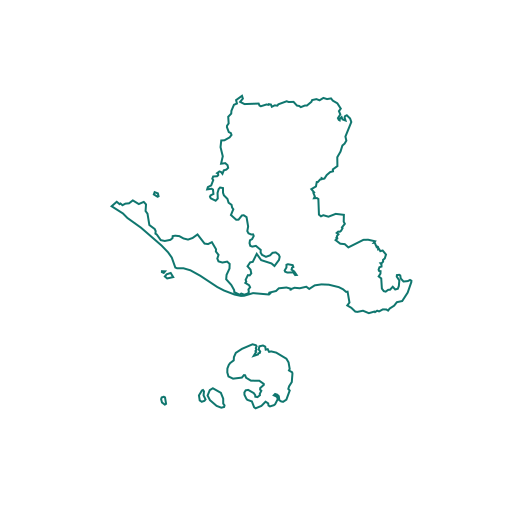 Takalar, Sulawesi Selatan, Indonesia (orthographic projection), rotated 299°
{"feature_id": "22746128B33549586615312", "entity_name": "Takalar", "entity_type": "district", "adm_level": 2, "iso_a3": "IDN", "parent_name": "Indonesia", "parent_adm1": "Sulawesi Selatan", "projection": "orthographic", "projection_center": [119.453, -5.411], "detail": "fine", "context": "isolated", "style": "outline", "palette": "teal", "viewbox_px": 512, "rotation_deg": 299, "n_neighbors": 0, "source": "geoboundaries", "source_scale": "gbopen_adm2", "svg_char_len": 6166}
<svg xmlns="http://www.w3.org/2000/svg" viewBox="0 0 512 512"><g transform="rotate(299 256 256)"><path d="M244.9,121.3L240.5,119.4L238.5,116.4L235.7,114.6L236.2,112.0L235.2,111.5L235.9,107.9L229.5,105.6L228.7,119.0L226.9,125.1L225.0,141.7L219.4,168.2L216.6,177.3L213.8,183.1L206.8,191.0L207.0,192.9L210.1,198.5L211.7,205.6L211.7,216.8L210.1,237.2L210.3,244.8L211.9,256.0L213.8,262.2L215.5,264.9L222.1,271.4L228.6,286.0L229.4,286.3L229.2,285.6L230.4,285.4L235.1,290.5L238.8,291.6L243.2,297.9L244.2,302.1L242.5,302.8L243.9,302.6L246.9,305.1L249.0,309.9L253.5,314.9L253.0,318.5L258.8,321.6L262.9,327.0L266.2,333.6L268.9,343.5L269.1,348.2L268.3,352.2L269.2,353.4L260.6,360.3L257.0,359.8L256.9,364.5L255.5,369.8L256.3,371.8L260.0,376.1L260.7,382.4L264.8,386.5L264.6,387.3L266.9,388.5L267.2,390.5L270.8,392.8L272.4,395.9L272.3,398.0L274.9,398.4L279.5,400.9L283.9,401.6L287.5,405.7L297.5,406.4L308.5,404.5L309.7,403.9L309.7,402.3L307.7,401.0L305.2,397.4L306.5,393.5L308.9,391.6L309.0,390.4L307.6,388.5L306.2,389.1L304.1,393.2L299.0,395.5L296.1,395.9L294.2,394.0L295.4,390.5L291.5,389.6L290.5,388.0L287.7,386.7L287.2,384.8L288.5,381.9L297.1,376.4L297.6,373.2L300.9,373.4L303.1,372.3L302.6,370.9L303.4,369.9L306.0,369.4L307.6,370.9L309.2,370.0L310.0,368.4L310.7,369.4L312.7,369.9L314.2,369.0L316.3,369.8L320.3,369.0L322.2,364.1L320.5,362.4L321.7,360.4L321.0,359.6L322.5,358.9L322.2,357.7L323.1,357.8L323.0,356.2L325.2,353.4L324.7,352.7L326.6,353.0L324.6,346.2L322.2,342.1L308.3,332.6L309.4,327.9L307.6,323.7L308.5,317.9L309.9,318.4L310.6,317.7L311.0,318.4L312.5,317.1L315.0,317.6L315.3,315.4L317.2,316.1L317.9,317.6L319.3,318.2L322.3,318.2L322.7,317.3L327.2,318.1L328.5,316.1L334.6,312.9L331.5,305.3L325.5,300.3L324.3,295.1L322.2,293.6L322.7,291.0L336.1,282.9L336.2,281.2L334.6,278.7L336.6,278.6L339.0,275.6L339.8,276.0L341.3,272.0L345.9,274.7L350.1,273.3L350.6,274.2L354.0,275.0L354.8,276.0L355.9,275.6L355.9,277.2L356.9,278.3L361.1,278.6L365.4,280.2L367.4,282.3L369.0,281.2L374.1,283.6L381.8,279.2L388.3,279.3L394.5,278.0L397.2,279.0L400.7,279.1L403.8,276.3L419.4,274.4L421.9,271.6L423.1,267.2L421.5,266.1L420.1,266.3L417.9,268.6L417.4,265.4L419.0,263.5L416.6,262.8L415.2,263.4L415.2,262.4L416.3,260.8L420.7,261.1L422.9,258.3L426.0,258.7L429.0,253.1L429.1,247.9L430.2,245.2L427.7,242.1L426.9,238.3L423.0,236.1L422.5,232.8L419.6,229.5L417.7,229.7L412.3,227.6L411.3,225.8L407.9,223.0L408.2,221.1L407.4,218.9L409.0,214.1L406.5,209.9L406.2,207.8L399.5,202.0L397.9,201.8L396.8,199.3L394.2,197.5L395.7,195.6L395.0,193.6L394.3,193.7L393.6,191.7L389.3,187.6L389.3,186.1L390.6,184.4L383.3,172.3L383.1,167.4L387.3,168.2L389.3,166.1L382.7,163.0L380.1,165.4L377.6,163.4L371.1,164.1L368.5,165.3L364.3,164.2L358.7,167.8L355.9,167.5L354.6,168.1L351.2,172.1L351.3,174.4L350.0,175.9L346.9,175.4L341.9,172.3L340.2,169.6L334.0,172.2L327.1,178.6L319.8,180.7L322.3,184.1L321.6,187.1L319.6,188.9L317.2,188.2L315.3,186.3L311.6,186.8L312.5,184.7L312.2,183.0L309.6,181.8L309.5,183.1L308.3,183.8L306.9,183.3L304.8,180.0L302.4,180.3L301.7,181.8L296.0,182.6L292.9,180.5L290.6,181.0L293.3,184.6L293.2,186.2L289.6,188.7L287.0,186.9L285.5,187.0L284.5,188.5L284.8,193.9L287.7,194.7L292.5,191.8L296.4,190.9L298.5,191.4L299.4,194.2L295.3,196.5L293.5,198.5L292.1,203.3L289.3,206.2L288.9,209.8L286.8,211.6L285.9,213.5L279.7,214.2L278.1,221.1L279.3,223.1L284.6,224.0L285.7,225.5L285.4,228.9L278.0,234.8L273.6,236.3L272.2,238.4L272.5,241.4L273.5,243.0L272.4,244.3L268.9,244.4L266.8,243.1L264.1,244.1L262.1,246.1L262.4,248.2L264.8,251.0L263.6,257.2L261.3,258.3L259.9,260.7L260.1,265.1L263.4,268.0L266.8,268.9L268.7,271.5L268.2,275.2L266.8,277.1L263.7,278.0L256.2,277.0L257.0,273.2L254.9,262.5L258.2,255.6L249.3,256.0L247.6,254.0L242.9,253.6L241.4,257.8L238.5,260.3L236.0,259.9L235.3,258.2L230.1,258.5L228.9,259.9L227.3,259.7L227.1,264.1L225.8,266.0L223.1,265.6L221.0,267.2L219.4,267.2L216.5,264.5L216.0,261.3L214.2,260.5L213.9,254.5L215.6,253.4L218.7,248.4L221.2,241.2L225.2,239.4L232.2,238.9L236.3,236.8L237.1,233.5L234.0,229.8L233.1,225.8L235.0,223.4L238.8,222.7L240.5,218.7L242.5,217.8L246.7,210.7L243.2,208.3L241.9,205.0L246.5,194.4L241.0,191.8L237.4,188.6L236.2,184.1L236.2,179.3L234.6,175.5L233.0,173.5L231.1,174.3L228.6,173.3L224.9,168.9L223.7,165.0L226.7,158.8L226.8,157.2L229.1,156.2L230.5,154.3L231.4,147.7L240.4,140.6L241.8,137.6L247.8,134.8L248.9,131.6L244.6,128.3L244.9,121.3ZM264.3,287.9L265.8,292.5L264.5,294.0L263.3,293.2L261.3,293.7L261.0,296.9L259.1,300.7L258.3,299.5L259.7,296.5L256.7,291.4L256.4,289.1L257.2,288.1L260.7,288.2L263.1,286.9L264.3,287.9ZM153.9,287.1L149.9,285.3L147.6,285.0L143.8,285.5L140.3,287.3L137.3,290.3L137.6,295.4L142.8,302.6L146.0,303.2L146.4,304.3L144.7,306.4L144.5,312.0L148.5,319.4L147.9,324.8L147.1,325.3L142.6,323.7L141.1,324.4L140.7,326.0L137.3,326.1L136.2,326.9L133.3,325.7L132.6,323.6L133.9,322.8L135.0,320.5L135.1,314.1L133.5,312.1L131.0,312.0L129.0,313.2L126.6,316.6L126.0,318.1L126.8,322.9L122.8,327.7L122.6,329.5L127.5,333.4L133.2,335.0L133.0,338.1L131.3,339.4L131.2,341.1L134.2,344.0L135.6,344.6L141.5,344.4L143.0,342.4L142.8,339.1L144.6,339.6L145.0,341.8L144.4,343.9L141.2,346.3L141.0,348.5L141.6,350.4L145.1,352.2L154.7,350.7L155.4,348.7L158.1,348.1L163.1,348.4L170.8,344.9L171.8,344.0L171.9,340.3L173.6,340.2L178.7,336.1L180.9,332.4L181.3,320.5L179.9,315.5L178.5,313.9L180.2,311.4L178.8,309.9L181.2,308.0L181.1,305.5L178.7,302.8L175.6,303.6L174.5,306.0L173.1,306.3L172.1,305.3L170.9,305.5L167.5,302.4L172.1,302.6L172.6,301.6L174.1,301.8L175.3,300.5L177.3,300.3L177.9,299.1L177.1,295.8L168.1,288.8L161.5,285.3L156.9,285.7L153.9,287.1ZM116.3,280.6L110.5,281.3L107.6,285.6L105.8,294.2L106.5,299.2L108.5,301.3L110.1,300.9L111.0,298.9L115.3,296.5L119.3,291.6L119.4,282.4L116.3,280.6ZM112.1,273.9L106.4,273.7L102.4,276.8L102.2,279.2L104.3,281.1L106.1,281.4L108.7,277.7L112.4,276.1L113.1,274.6L112.1,273.9ZM197.4,193.8L199.8,189.6L196.7,186.7L193.9,186.2L193.3,189.2L197.4,193.8ZM83.1,249.0L88.2,245.0L88.2,243.6L86.6,242.1L84.8,242.4L82.3,244.8L81.8,248.3L83.1,249.0ZM261.0,141.8L263.2,139.8L262.7,136.4L260.3,136.8L260.1,141.2L261.0,141.8ZM198.5,183.9L197.1,181.1L196.3,181.5L196.5,183.5L198.5,183.9Z" fill="none" stroke="#0f766e" stroke-width="2"/></g></svg>